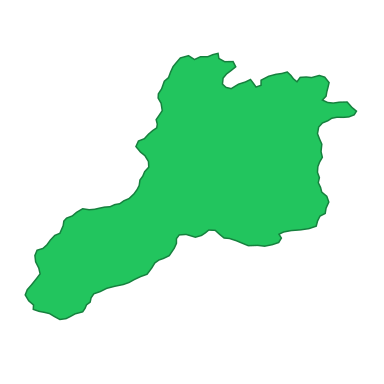 Moema, Minas Gerais, Brazil (Equal Earth projection), rotated 96°
{"feature_id": "56859067B10299149147299", "entity_name": "Moema", "entity_type": "district", "adm_level": 2, "iso_a3": "BRA", "parent_name": "Brazil", "parent_adm1": "Minas Gerais", "projection": "equal_earth", "projection_center": [-45.409, -19.845], "detail": "fine", "context": "isolated", "style": "filled", "palette": "green", "viewbox_px": 384, "rotation_deg": 96, "n_neighbors": 0, "source": "geoboundaries", "source_scale": "gbopen_adm2", "svg_char_len": 2344}
<svg xmlns="http://www.w3.org/2000/svg" viewBox="0 0 384 384"><g transform="rotate(96 192 192)"><path d="M91.1,41.9L86.3,47.1L87.3,54.9L88.8,60.8L88.8,66.5L86.9,71.9L82.7,68.7L78.2,68.4L73.6,67.7L68.9,67.1L63.9,72.0L62.8,77.6L65.7,85.0L65.7,90.4L66.7,96.4L71.4,99.1L68.9,102.9L65.7,105.9L62.7,109.8L64.7,114.9L66.2,120.9L68.9,127.9L73.6,135.0L78.7,134.5L80.9,139.3L77.4,142.4L74.0,145.6L77.0,150.4L79.9,157.0L85.1,163.8L84.4,169.2L81.5,173.0L75.5,173.0L71.0,170.0L67.0,165.7L62.9,161.6L58.0,164.8L59.0,173.1L56.4,179.2L51.4,180.6L53.2,185.6L55.8,190.4L56.6,197.7L60.0,203.4L56.8,209.7L59.9,217.6L64.8,221.0L69.2,223.9L74.8,225.8L80.7,227.3L84.7,231.1L92.6,233.0L97.9,235.7L102.1,235.5L107.0,232.0L114.2,230.1L119.4,232.8L123.8,235.2L128.2,233.6L131.9,233.8L134.9,237.4L138.9,241.2L144.0,245.0L146.9,250.6L152.7,252.5L157.7,247.4L160.8,242.6L166.2,238.5L171.8,237.6L176.7,241.2L181.4,242.6L185.5,245.0L191.1,245.2L195.2,246.8L199.8,249.4L205.1,253.9L207.9,258.9L211.2,262.6L212.6,267.5L215.2,271.9L216.2,277.5L217.8,282.5L219.4,287.1L220.4,292.4L220.1,299.0L224.3,304.7L228.3,308.5L231.1,314.0L234.3,316.4L239.0,316.6L242.8,317.8L246.9,319.1L249.5,323.9L254.6,327.8L259.8,330.8L263.7,334.3L266.1,340.0L271.6,341.6L277.8,340.2L283.7,336.4L289.3,334.5L294.4,337.6L301.4,342.1L306.3,345.6L311.8,347.1L317.3,343.0L320.9,337.8L325.3,337.6L326.7,331.6L327.1,326.5L327.8,321.0L330.2,315.9L332.6,310.1L331.1,304.0L328.6,300.1L325.4,295.5L322.6,288.2L318.9,286.2L315.2,285.1L312.2,281.8L307.8,281.3L303.5,279.0L300.7,273.0L296.7,266.7L293.8,258.9L291.2,250.7L288.6,245.2L285.2,240.4L281.5,234.3L278.5,228.1L271.8,224.1L266.5,221.6L263.1,217.8L261.1,213.5L257.7,208.0L249.8,203.8L244.7,202.1L240.0,202.6L236.0,200.2L234.8,193.4L236.6,183.9L234.2,178.0L231.2,174.4L228.1,171.4L227.7,164.9L231.3,160.0L234.4,155.3L234.3,149.9L235.8,142.9L237.6,136.9L239.5,130.4L238.2,121.1L238.3,114.1L236.0,106.7L233.2,100.5L228.5,98.3L224.9,101.1L222.2,96.7L220.0,89.4L218.3,80.1L216.2,71.9L213.0,64.9L207.7,64.1L202.6,62.2L199.4,57.3L194.1,57.0L187.7,54.9L182.2,57.5L178.5,63.0L174.1,64.6L169.5,67.4L164.4,66.8L159.3,69.3L153.6,69.5L148.8,68.2L143.9,66.0L138.3,67.9L130.9,67.9L126.0,70.7L120.9,73.3L114.1,72.8L109.7,69.5L107.0,64.4L104.1,60.8L102.5,55.7L101.9,49.0L100.9,43.8L98.3,38.8L94.4,36.9L91.1,41.9Z" fill="#22c55e" stroke="#15803d" stroke-width="1.5"/></g></svg>